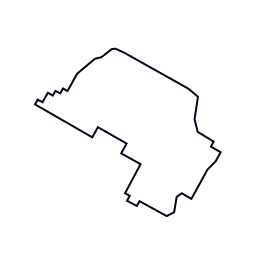 the district of Irwin, Georgia, United States of America, rotated 208°
{"feature_id": "52423323B58689815854296", "entity_name": "Irwin", "entity_type": "district", "adm_level": 2, "iso_a3": "USA", "parent_name": "United States of America", "parent_adm1": "Georgia", "projection": "albers", "projection_center": [-83.258, 31.621], "detail": "fine", "context": "isolated", "style": "outline", "palette": "ink", "viewbox_px": 256, "rotation_deg": 208, "n_neighbors": 0, "source": "geoboundaries", "source_scale": "gbopen_adm2", "svg_char_len": 628}
<svg xmlns="http://www.w3.org/2000/svg" viewBox="0 0 256 256"><g transform="rotate(208 128 128)"><path d="M166.7,192.7L176.3,192.1L179.3,190.1L184.8,177.9L189.7,173.6L198.4,152.2L198.8,132.2L204.0,132.4L204.1,126.6L209.4,126.7L209.7,121.3L215.3,121.5L215.6,110.6L221.0,110.7L221.2,105.2L155.2,103.0L154.9,114.6L121.9,113.6L122.1,102.4L99.9,102.0L100.0,69.0L94.7,69.0L94.7,63.3L83.6,63.3L83.4,68.8L52.5,68.4L47.7,75.3L52.7,90.0L49.9,95.6L38.8,95.2L38.3,128.6L35.0,139.7L34.8,150.1L46.0,150.4L46.0,156.2L64.6,157.3L73.3,166.9L80.9,188.4L92.6,191.0L95.0,191.1L166.7,192.7Z" fill="none" stroke="#020617" stroke-width="2"/></g></svg>